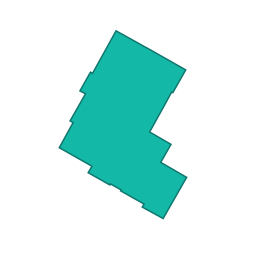 the district of Laprida, Buenos Aires, Argentina, rotated 164°
{"feature_id": "61730980B44273379495612", "entity_name": "Laprida", "entity_type": "district", "adm_level": 2, "iso_a3": "ARG", "parent_name": "Argentina", "parent_adm1": "Buenos Aires", "projection": "mercator", "projection_center": [-60.782, -37.495], "detail": "fine", "context": "isolated", "style": "filled", "palette": "teal", "viewbox_px": 256, "rotation_deg": 164, "n_neighbors": 0, "source": "geoboundaries", "source_scale": "gbopen_adm2", "svg_char_len": 542}
<svg xmlns="http://www.w3.org/2000/svg" viewBox="0 0 256 256"><g transform="rotate(164 128 128)"><path d="M113.8,223.6L147.0,190.3L148.7,192.0L164.0,176.9L159.4,172.6L181.7,150.8L179.3,148.3L199.5,128.0L173.2,101.2L178.6,96.0L161.2,78.3L160.4,79.2L151.6,70.3L152.4,69.6L133.6,50.5L136.1,48.0L119.2,31.3L87.2,62.5L85.2,64.4L87.1,66.3L106.0,85.9L99.3,92.5L91.2,100.4L108.3,118.2L97.8,128.7L87.2,139.3L76.1,150.5L75.1,149.7L56.5,167.9L87.2,199.2L89.4,201.3L112.7,224.7L113.8,223.6Z" fill="#14b8a6" stroke="#0f766e" stroke-width="1.5"/></g></svg>